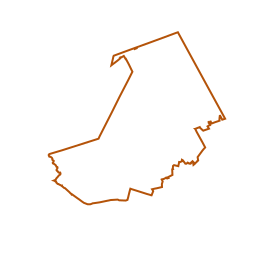 General Bravo, Nuevo León, Mexico (Mercator projection), rotated 332°
{"feature_id": "50627088B41623803853756", "entity_name": "General Bravo", "entity_type": "district", "adm_level": 2, "iso_a3": "MEX", "parent_name": "Mexico", "parent_adm1": "Nuevo León", "projection": "mercator", "projection_center": [-99.014, 25.824], "detail": "fine", "context": "isolated", "style": "outline", "palette": "amber", "viewbox_px": 256, "rotation_deg": 332, "n_neighbors": 0, "source": "geoboundaries", "source_scale": "gbopen_adm2", "svg_char_len": 4599}
<svg xmlns="http://www.w3.org/2000/svg" viewBox="0 0 256 256"><g transform="rotate(332 128 128)"><path d="M46.3,114.1L46.1,114.3L45.7,114.4L45.5,114.5L45.3,114.6L45.1,115.4L45.1,115.6L45.1,115.8L45.2,116.0L45.1,116.4L45.2,116.5L45.4,116.6L45.7,116.7L45.9,116.9L46.0,117.0L46.3,117.5L46.4,117.8L46.6,118.1L46.7,118.4L46.8,118.6L46.8,119.0L46.8,119.4L46.8,119.6L46.8,119.8L46.7,120.0L46.4,120.2L46.3,120.6L46.3,120.8L46.5,121.3L46.8,121.7L47.0,122.0L46.9,122.2L46.9,122.3L46.4,122.8L46.1,123.0L45.5,123.3L45.4,123.4L45.3,123.5L45.2,123.5L45.1,123.8L45.1,124.0L45.3,124.3L45.4,124.5L45.6,124.6L45.7,124.8L45.8,124.9L46.3,125.9L46.4,126.2L46.6,126.6L46.7,126.9L46.7,127.1L46.7,127.4L46.7,127.8L46.7,128.0L46.6,128.5L46.7,128.8L47.0,129.0L47.3,129.3L47.3,129.5L47.2,129.8L47.0,130.1L46.9,130.3L46.0,130.9L45.8,131.0L45.6,131.1L45.3,131.4L45.1,131.6L45.1,131.8L45.2,132.3L45.3,132.8L45.6,133.1L45.6,133.4L45.7,134.0L45.7,134.3L45.7,134.5L45.8,134.7L45.9,134.8L46.0,134.9L46.2,135.0L46.3,135.2L46.4,135.3L46.5,135.3L46.8,135.4L47.0,135.4L47.2,135.5L47.1,136.3L47.0,136.5L46.8,136.6L46.7,136.6L46.6,136.9L46.6,137.0L46.4,137.1L46.2,137.3L45.9,137.3L45.7,137.3L45.4,137.3L45.0,137.4L44.9,137.4L44.6,137.5L44.0,137.7L43.6,137.9L43.0,138.1L42.9,138.2L42.7,138.3L42.4,138.4L42.2,138.5L41.7,138.6L41.2,138.8L40.6,139.2L40.3,139.3L40.0,139.5L39.7,139.6L39.3,139.7L39.0,139.7L37.9,139.6L38.1,139.8L38.2,140.0L38.3,140.2L38.6,140.6L38.7,140.9L38.8,141.1L39.1,141.1L39.3,141.0L39.3,141.3L39.3,141.5L39.3,141.9L39.3,142.1L39.1,142.6L39.2,142.8L39.3,143.0L39.4,143.4L39.4,143.6L39.5,144.0L39.6,144.3L39.9,144.5L40.0,144.6L40.3,144.8L40.5,145.2L40.6,145.3L40.7,145.6L40.8,145.8L41.2,146.3L41.3,146.4L41.4,146.5L41.6,146.7L42.0,147.5L42.6,147.8L42.3,148.2L42.8,149.2L43.0,149.8L43.2,150.2L43.4,150.8L43.5,151.0L43.8,151.3L44.1,151.5L46.2,157.3L46.4,158.2L47.0,159.8L47.0,160.1L47.3,160.0L47.6,160.6L50.6,166.7L51.1,167.6L52.8,171.2L54.0,173.5L54.4,173.9L56.3,176.1L56.6,176.4L56.8,176.5L58.9,177.6L59.1,177.7L59.3,177.7L60.8,177.9L61.0,177.9L61.4,177.9L63.5,178.7L67.7,180.2L68.3,180.4L75.2,182.4L77.1,183.0L78.7,183.4L79.6,183.8L79.9,183.9L80.5,184.2L82.7,185.2L84.9,186.2L85.1,186.3L85.4,186.5L86.2,187.6L86.3,187.7L91.8,190.9L92.0,191.0L93.8,191.2L95.0,189.9L95.6,189.3L96.8,187.9L97.0,187.7L97.9,186.7L99.2,185.2L99.3,185.2L100.5,183.8L101.6,182.7L102.7,183.9L109.6,190.9L109.7,191.0L113.8,195.2L116.0,197.3L116.9,198.3L117.2,198.5L120.6,195.6L120.6,194.5L120.5,193.4L123.5,194.2L124.7,194.6L130.3,196.1L131.4,193.8L131.6,193.4L132.3,192.7L133.5,191.5L133.6,190.1L133.6,189.2L133.8,189.2L134.3,189.4L134.6,189.5L135.0,189.6L135.4,189.7L135.5,189.7L135.6,189.8L136.1,189.8L136.6,189.8L136.9,189.8L137.3,189.8L137.9,189.8L138.1,189.8L138.5,190.4L138.8,189.9L139.5,190.4L139.5,190.8L139.7,191.0L140.3,191.2L140.5,190.2L145.2,190.3L147.6,185.3L147.7,185.2L148.5,185.4L148.6,184.7L149.9,182.7L150.0,182.6L151.2,182.4L154.5,185.3L155.2,184.4L156.1,183.4L157.2,182.0L157.9,182.5L159.9,182.7L160.7,181.4L161.2,182.1L161.9,186.3L162.0,187.3L162.0,187.1L162.3,187.0L162.4,186.9L162.7,186.8L162.8,186.8L163.0,186.8L163.6,186.9L164.1,186.6L164.4,186.5L164.5,186.6L165.0,187.4L165.3,188.2L165.6,188.2L165.7,188.3L165.8,188.3L166.0,188.4L166.1,188.5L166.5,188.9L167.1,188.7L167.1,188.2L169.4,187.6L169.9,189.3L169.1,189.6L168.5,191.3L170.4,190.9L171.1,190.6L174.0,189.8L174.0,189.7L174.3,189.7L174.7,189.6L175.8,186.4L183.3,182.8L184.3,182.4L184.7,182.2L186.5,181.6L187.0,181.4L187.0,174.6L186.9,173.6L187.0,173.5L186.9,170.7L186.9,170.4L186.9,169.8L186.8,163.8L186.9,161.1L187.0,160.8L186.9,160.4L187.1,160.5L187.6,160.5L187.6,160.4L189.4,160.6L189.5,160.6L191.6,160.9L191.8,160.9L191.8,162.1L192.2,162.9L192.6,164.2L192.6,164.3L193.1,165.3L193.2,165.7L194.0,165.8L197.8,166.4L199.2,166.6L199.0,163.9L201.4,163.7L201.5,163.9L201.6,164.0L201.9,164.0L202.1,162.9L201.7,161.4L202.0,161.2L202.0,160.6L202.3,160.6L202.3,161.0L202.2,161.1L202.7,161.8L203.0,161.7L203.1,162.0L203.7,161.4L204.0,161.3L204.0,163.3L207.9,163.8L211.3,164.4L212.2,164.5L212.2,164.3L212.3,164.1L212.6,163.6L213.8,161.7L214.9,160.2L215.2,159.7L215.1,160.3L215.1,164.9L216.8,165.2L218.1,165.4L217.7,132.6L217.0,69.1L217.0,66.9L215.1,66.6L187.3,62.8L172.6,60.7L172.8,61.6L171.0,61.4L171.2,60.5L157.5,58.6L153.1,58.0L149.3,57.5L148.5,58.2L147.6,59.3L146.1,61.0L142.8,64.8L150.3,63.6L153.6,62.9L153.7,62.4L154.9,62.5L154.9,62.2L155.9,62.5L158.1,62.4L158.3,66.0L158.6,66.0L158.6,72.5L158.3,80.4L150.4,86.0L135.3,96.4L120.9,106.7L98.9,122.1L97.0,123.6L96.4,123.5L88.2,122.0L59.2,116.7L46.9,114.2L46.3,114.1Z" fill="none" stroke="#b45309" stroke-width="2"/></g></svg>